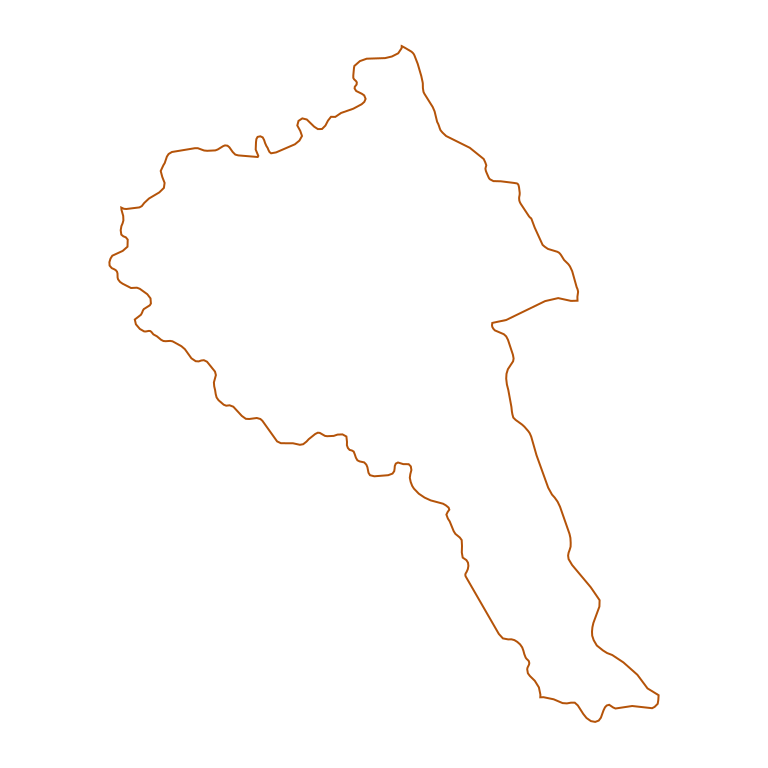 the Province of Bayan-Ölgiy
{"feature_id": "MNG-3208", "entity_name": "Bayan-Ölgiy", "entity_type": "Province", "adm_level": 1, "iso_a3": "MNG", "parent_name": "Mongolia", "parent_adm1": "", "projection": "albers", "projection_center": [89.851, 48.282], "detail": "fine", "context": "isolated", "style": "outline", "palette": "amber", "viewbox_px": 768, "rotation_deg": 0, "n_neighbors": 0, "source": "natural_earth", "source_scale": "10m", "svg_char_len": 5180}
<svg xmlns="http://www.w3.org/2000/svg" viewBox="0 0 768 768"><path d="M131.0,288.0L122.6,283.7L120.0,281.9L118.1,279.4L117.6,277.6L117.5,273.5L117.0,271.7L115.9,270.3L114.5,269.4L111.7,268.1L109.6,265.6L109.4,262.2L110.5,258.6L112.3,255.7L122.7,250.9L127.5,246.7L127.7,239.6L125.8,237.3L123.3,236.3L121.3,234.6L120.7,230.2L121.4,226.1L122.6,223.3L123.4,220.4L123.2,215.9L121.5,209.9L121.3,207.6L123.9,208.8L126.3,209.0L139.4,207.4L141.8,206.1L144.2,203.0L149.0,198.5L159.3,192.4L163.9,187.9L164.6,182.9L162.3,177.0L160.7,171.0L163.4,165.2L164.7,163.1L166.9,156.6L168.6,154.0L171.9,152.0L194.9,148.2L197.8,148.2L204.1,150.5L207.2,150.8L215.3,150.4L217.7,149.5L223.2,146.1L225.0,145.4L227.5,145.7L229.4,147.3L232.7,152.0L235.3,154.6L238.3,155.4L257.7,157.0L258.3,155.9L255.7,149.6L256.0,142.2L256.4,139.0L257.6,136.9L260.3,136.3L262.7,137.4L264.1,140.0L265.1,143.1L266.4,146.0L267.6,147.9L268.5,150.1L269.5,152.0L271.1,153.3L276.1,152.4L294.9,144.3L299.4,140.6L302.0,136.0L300.3,131.0L297.3,125.5L298.5,120.9L302.3,118.4L306.8,119.5L314.2,126.7L317.9,129.1L322.0,129.0L325.4,125.6L328.0,120.6L331.0,116.8L335.3,116.9L341.0,113.0L353.3,108.7L361.7,104.2L364.3,101.9L365.6,98.9L364.2,95.4L361.9,93.8L356.2,91.0L354.6,88.5L354.8,86.8L356.6,84.5L356.8,82.4L356.2,81.3L354.0,79.2L353.3,77.9L353.3,75.4L354.0,67.8L354.4,65.9L355.6,64.9L359.9,61.1L366.7,58.7L385.1,58.1L391.9,56.5L398.2,53.3L401.6,48.2L401.7,46.1L404.6,47.6L411.5,51.7L412.9,53.0L413.7,54.0L414.4,55.3L417.7,63.8L421.3,76.1L422.6,82.1L422.8,83.3L422.9,88.1L423.1,89.4L423.5,91.9L424.3,93.6L432.7,107.0L434.6,111.4L436.9,120.9L437.2,122.0L438.2,123.9L439.0,126.0L439.7,128.2L440.5,130.2L441.4,131.3L442.6,132.7L446.1,136.0L469.8,147.8L483.7,159.0L485.2,162.2L486.3,165.3L485.7,167.4L485.4,168.7L485.7,170.1L485.9,171.0L486.7,173.0L488.8,177.8L489.4,178.7L490.0,179.3L493.4,181.1L500.9,181.3L513.7,182.9L516.9,183.4L517.8,184.0L518.5,185.1L519.0,187.2L519.7,192.7L519.7,193.9L519.6,195.0L519.2,197.0L519.1,198.1L519.2,199.3L519.3,200.5L519.8,202.0L520.6,203.6L528.9,216.2L529.9,217.4L531.1,218.3L531.5,219.0L534.7,227.6L542.6,244.9L544.7,246.7L547.9,248.9L557.4,251.8L559.0,252.7L560.0,253.7L561.0,255.0L564.1,260.0L568.2,264.0L569.5,265.7L570.2,266.9L572.2,271.2L576.7,287.3L577.4,288.8L577.8,290.3L578.1,291.9L577.4,296.8L577.5,300.7L571.0,300.9L558.2,298.1L545.1,301.1L506.2,320.0L492.3,322.9L492.0,325.2L492.3,326.9L493.3,328.7L494.9,330.4L503.8,334.2L506.2,336.4L508.0,339.9L512.9,354.7L513.6,358.5L513.1,361.3L507.9,369.2L506.5,373.8L506.2,378.6L506.9,384.5L508.3,390.0L511.4,406.9L511.9,411.5L512.4,414.3L513.3,417.6L515.6,419.9L522.1,424.6L524.4,426.7L528.3,431.2L529.7,433.2L531.2,436.6L536.5,455.2L548.2,487.7L552.0,494.6L554.7,497.6L557.6,501.7L560.0,506.7L569.5,533.9L570.4,537.9L570.7,542.9L570.6,546.7L569.5,550.3L568.6,552.7L568.1,555.6L568.6,559.1L572.1,565.0L590.7,587.2L599.6,600.2L599.4,606.6L593.4,622.9L592.4,627.3L592.0,631.7L592.2,635.7L593.7,640.2L596.8,645.5L602.9,650.4L607.0,653.0L612.2,655.0L623.4,662.4L637.4,674.8L647.5,688.4L658.6,695.2L658.3,700.0L657.7,703.8L654.6,706.9L652.1,708.2L632.2,706.0L615.5,708.5L613.2,707.5L609.2,704.8L606.7,705.5L605.0,707.3L603.5,710.4L600.9,717.7L598.7,720.6L595.2,721.9L590.9,721.1L586.5,718.0L583.3,714.0L577.8,705.4L574.8,702.7L570.8,702.7L566.9,703.4L562.6,703.1L553.7,699.3L543.5,697.2L540.3,697.3L540.4,694.7L538.9,687.4L534.8,680.8L529.9,676.0L527.9,673.3L527.2,669.2L527.5,667.7L529.0,664.6L529.3,663.1L528.8,661.1L527.8,660.0L526.7,659.0L525.7,657.7L524.3,654.1L523.4,650.7L522.2,647.4L520.1,644.4L517.3,641.9L514.4,640.1L511.4,639.3L508.2,639.4L502.9,638.4L498.8,633.9L465.6,576.3L465.3,574.9L465.6,573.5L466.5,572.1L467.8,569.2L468.4,565.9L468.0,562.7L466.4,560.1L462.7,557.6L461.8,552.4L462.0,546.1L461.7,540.1L459.8,537.5L455.4,533.9L453.7,531.2L449.7,521.4L447.9,518.6L446.4,514.6L447.7,511.9L449.3,509.7L448.6,507.6L445.8,505.3L443.0,503.7L430.7,500.4L424.6,497.6L418.8,493.7L413.9,488.6L412.2,485.9L410.7,482.0L409.8,477.8L410.3,474.2L411.4,470.0L410.8,466.4L408.7,464.2L403.2,464.1L398.0,462.5L395.8,463.6L394.8,466.0L394.6,468.6L394.2,471.2L392.5,473.6L388.2,475.2L374.3,476.3L370.0,475.2L368.5,472.8L367.4,467.2L366.3,464.6L364.2,462.4L359.6,461.4L357.4,460.3L355.9,457.7L354.8,454.4L353.7,451.6L351.9,450.5L349.6,449.9L347.9,448.0L346.9,445.2L347.0,441.9L346.4,436.5L342.5,434.4L337.5,434.6L333.7,435.9L327.2,436.2L325.0,435.9L319.8,432.9L317.8,432.7L315.2,434.0L308.7,439.2L306.5,441.6L303.2,444.2L299.9,444.8L293.1,443.3L280.9,443.2L277.1,441.4L262.4,420.8L260.4,419.0L256.8,418.0L249.2,419.0L245.8,418.8L241.8,415.9L233.3,406.7L229.6,405.3L226.2,405.7L223.7,404.7L218.6,400.3L216.6,397.5L215.7,394.0L215.1,390.1L214.2,386.3L213.9,382.4L215.9,375.1L215.0,371.6L207.0,361.7L203.9,360.2L201.3,360.5L198.7,361.4L195.7,361.2L191.4,358.3L184.9,349.2L181.4,346.2L172.5,341.3L170.2,340.9L165.7,341.2L163.4,341.0L161.1,339.8L156.9,336.3L153.4,334.4L151.3,331.8L150.1,331.0L148.8,330.9L145.7,331.5L144.1,331.4L139.8,328.9L135.9,324.3L134.8,319.5L139.1,316.2L141.0,314.7L142.1,312.6L142.9,310.5L143.8,309.1L149.8,305.3L150.9,303.5L150.5,298.4L147.3,294.2L139.8,288.8L136.9,287.7L131.0,288.0Z" fill="none" stroke="#b45309" stroke-width="2"/></svg>